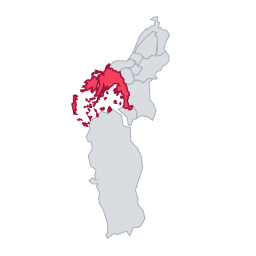 Greece highlighted among its neighbors, rotated 83°
{"feature_id": "GRC", "entity_name": "Greece", "entity_type": "country or territory", "adm_level": 0, "iso_a3": "GRC", "parent_name": "Europe", "parent_adm1": "", "projection": "mercator", "projection_center": [23.941, 38.339], "detail": "fine", "context": "with_neighbors", "style": "filled", "palette": "rose", "viewbox_px": 256, "rotation_deg": 83, "n_neighbors": 9, "source": "natural_earth", "source_scale": "50m", "svg_char_len": 8742}
<svg xmlns="http://www.w3.org/2000/svg" viewBox="0 0 256 256"><g transform="rotate(83 128 128)"><path d="M82.8,97.5L84.8,101.4L102.9,102.7L106.3,100.3L114.4,98.1L123.4,102.6L119.8,106.5L117.3,113.2L119.6,118.5L113.6,117.3L106.6,120.2L106.6,124.7L100.3,125.6L95.5,122.4L90.0,124.9L84.9,124.7L84.4,118.6L80.9,115.6L82.1,114.3L81.3,113.2L82.5,110.2L85.1,107.3L81.8,103.2L81.2,99.7L82.8,97.5Z" fill="#d9dde1" stroke="#a8b0b8" stroke-width="1"/><path d="M234.9,161.7L231.6,163.1L229.2,160.9L221.2,159.8L206.7,162.4L198.8,165.6L193.1,165.6L189.5,164.0L181.9,166.4L179.7,164.7L179.3,169.5L175.6,173.2L173.1,169.4L175.7,166.1L171.5,166.9L165.7,164.9L161.0,169.8L150.6,170.8L145.0,166.2L137.6,165.9L136.0,169.5L131.3,170.5L124.6,165.9L117.1,166.1L113.0,157.5L108.0,152.7L111.4,145.8L107.0,141.6L114.6,133.0L125.2,132.6L128.1,125.7L141.2,126.9L149.5,121.0L157.5,118.4L168.8,118.2L190.7,128.2L198.7,126.8L204.6,127.6L212.7,122.8L220.1,122.4L226.7,126.9L227.9,130.1L227.2,134.5L235.0,139.4L230.3,141.9L232.5,152.0L231.1,154.7L234.9,161.7ZM106.6,120.2L113.6,117.3L119.6,118.5L120.4,122.0L126.4,125.0L125.1,127.2L117.0,127.7L108.3,135.4L106.2,129.3L107.9,128.3L110.0,122.6L106.6,120.2Z" fill="#d9dde1" stroke="#a8b0b8" stroke-width="1"/><path d="M71.6,129.2L71.5,131.6L69.2,132.9L68.8,135.8L65.6,140.1L60.5,134.5L59.9,130.2L61.4,121.2L59.8,116.8L62.8,112.2L63.2,113.9L65.1,113.1L68.2,116.5L67.8,123.0L68.7,127.0L71.6,129.2Z" fill="#d9dde1" stroke="#a8b0b8" stroke-width="1"/><path d="M41.0,75.3L48.3,80.8L54.0,82.7L56.5,81.2L60.4,87.8L57.7,91.5L54.6,89.3L44.0,87.9L40.8,88.1L39.3,90.1L36.8,87.9L35.4,91.9L48.6,109.0L54.7,112.5L53.9,114.1L37.2,104.5L31.4,97.4L32.8,96.7L29.7,92.7L29.5,89.4L25.1,87.9L23.0,92.0L21.0,88.8L21.4,85.2L26.2,85.6L27.4,83.9L32.5,85.7L32.4,83.0L34.8,82.0L35.5,78.0L41.0,75.3Z" fill="#d9dde1" stroke="#a8b0b8" stroke-width="1"/><path d="M54.7,112.5L48.6,109.0L40.2,99.4L35.4,91.9L36.8,87.9L39.3,90.1L40.8,88.1L44.0,87.9L60.2,91.5L58.5,95.7L61.8,99.4L60.8,103.9L55.7,107.4L54.7,112.5Z" fill="#d9dde1" stroke="#a8b0b8" stroke-width="1"/><path d="M80.9,115.6L84.4,118.6L84.9,124.7L82.4,126.6L78.7,126.4L76.1,128.4L71.6,129.2L68.7,127.0L67.8,123.0L69.8,118.1L80.9,115.6Z" fill="#d9dde1" stroke="#a8b0b8" stroke-width="1"/><path d="M56.5,81.2L61.8,78.6L66.1,79.1L69.8,82.9L70.6,86.1L74.8,88.4L75.3,92.4L79.3,95.2L81.5,93.0L83.2,94.2L81.6,95.8L82.8,97.5L81.2,99.7L81.8,103.2L85.1,107.3L82.5,110.2L81.3,113.2L82.1,114.3L80.9,115.6L75.4,116.3L76.8,112.2L70.2,106.7L66.4,111.0L66.9,110.2L59.2,104.3L60.8,103.9L61.8,99.4L58.5,95.7L60.2,91.5L57.7,91.5L60.4,87.8L56.5,81.2Z" fill="#d9dde1" stroke="#a8b0b8" stroke-width="1"/><path d="M66.9,110.2L63.2,113.9L62.8,112.2L59.8,116.8L60.3,119.7L53.9,114.1L55.7,107.4L59.2,104.3L66.9,110.2Z" fill="#d9dde1" stroke="#a8b0b8" stroke-width="1"/><path d="M68.6,119.9L68.2,116.5L65.1,113.1L68.0,110.3L69.0,107.2L70.2,106.7L76.8,112.2L75.4,116.3L69.8,118.1L69.5,120.0L68.6,119.9Z" fill="#d9dde1" stroke="#a8b0b8" stroke-width="1"/><path d="M107.2,120.9L109.8,122.2L110.1,124.1L110.0,124.5L108.1,125.6L108.3,127.8L106.6,130.0L106.1,130.2L104.8,129.2L100.7,128.4L99.7,127.8L97.5,129.0L95.4,128.2L92.6,130.3L90.4,130.0L90.3,130.7L91.2,131.9L90.9,132.4L91.2,133.0L92.3,133.1L93.5,133.8L94.4,135.5L93.2,134.3L91.5,133.6L90.2,133.8L90.2,134.2L91.9,135.8L92.1,136.6L91.7,137.1L90.9,136.6L89.8,134.8L88.1,134.4L87.9,134.8L88.2,135.7L89.8,137.2L89.5,137.5L87.9,136.9L87.5,136.0L87.4,134.8L84.5,133.2L84.2,132.4L84.7,131.5L82.7,132.3L82.8,133.5L82.2,135.7L82.4,136.5L84.1,138.6L85.1,140.7L86.8,142.5L87.5,144.1L86.3,144.8L86.0,144.5L86.3,143.4L85.2,142.8L84.7,143.0L84.1,143.4L84.4,144.2L85.0,145.4L85.7,145.4L83.8,146.6L82.2,146.9L85.3,148.0L86.2,148.6L86.9,148.7L87.7,149.9L89.1,150.2L89.9,151.4L91.9,152.1L92.2,153.3L92.5,157.0L91.9,157.3L89.2,154.4L88.7,154.2L86.5,154.8L85.5,155.5L86.2,156.3L86.6,157.8L87.9,158.1L88.6,159.3L86.3,160.3L85.9,160.0L85.9,159.3L85.3,159.0L83.7,158.1L83.3,158.5L83.6,159.7L84.2,160.6L85.6,164.4L85.5,166.2L86.3,167.9L85.1,167.2L83.7,165.0L83.3,164.9L82.5,165.0L81.7,166.8L81.7,167.9L81.3,167.6L80.9,167.3L80.9,165.7L78.9,162.9L78.0,163.2L77.9,164.8L77.6,165.4L76.5,164.3L75.5,162.4L75.4,161.4L76.2,160.5L76.1,159.8L75.4,158.5L73.7,157.4L73.4,156.4L72.3,155.4L73.6,154.2L74.2,152.8L76.0,152.9L77.1,151.6L78.0,151.7L84.7,154.8L84.5,154.0L86.0,153.8L86.5,153.3L85.8,152.8L84.1,152.4L81.2,150.6L80.5,151.4L78.1,150.9L74.7,151.7L73.7,150.2L73.5,151.2L72.7,151.5L72.2,151.1L71.4,148.7L70.6,147.7L69.9,147.4L69.9,146.8L69.9,146.3L70.7,146.2L72.2,146.6L72.5,146.4L72.3,145.4L69.9,145.6L67.8,143.4L66.7,142.8L65.9,140.8L64.6,139.4L65.5,139.8L66.3,139.7L66.7,138.6L67.2,138.6L66.7,137.0L67.4,136.3L69.1,135.7L70.1,132.8L71.1,132.3L71.7,131.2L71.2,129.8L71.2,129.1L73.7,129.0L74.2,128.6L75.4,128.9L76.8,128.2L78.3,126.6L79.6,126.3L81.7,126.7L83.3,126.1L83.7,124.7L86.3,124.8L86.9,124.2L89.6,124.2L92.2,123.5L92.5,122.9L95.6,122.7L96.2,123.7L97.4,124.5L97.9,124.1L98.9,124.4L100.7,125.5L104.4,124.7L105.3,124.9L106.8,124.2L106.8,123.0L106.3,121.6L106.4,121.3L107.2,120.9ZM90.7,175.5L92.2,175.7L92.7,175.1L93.2,175.1L93.4,175.6L92.8,176.0L93.8,176.2L94.0,176.9L94.5,177.1L97.0,176.6L99.0,176.7L99.7,177.2L102.2,177.6L104.0,177.2L104.1,178.9L104.4,179.1L106.0,178.3L107.0,178.3L108.0,177.5L107.5,179.8L107.0,180.0L104.7,179.9L97.6,180.7L97.2,180.6L97.0,179.4L95.3,178.8L89.3,178.0L89.0,176.6L89.1,175.6L89.4,175.4L89.8,175.8L90.3,174.6L90.7,175.5ZM87.4,145.4L88.8,147.3L91.2,148.5L93.0,148.8L93.5,149.7L93.4,150.4L94.0,152.6L94.6,153.1L96.0,153.2L96.1,154.3L95.5,154.7L94.6,154.3L93.5,153.5L93.4,152.7L92.4,151.1L90.4,151.0L89.7,150.6L89.5,149.6L86.9,147.4L85.4,146.8L84.8,147.1L84.3,146.8L87.0,145.4L87.4,145.4ZM108.6,142.8L108.5,143.3L109.8,144.7L109.8,145.4L109.2,145.0L109.6,145.7L108.5,145.9L106.9,145.5L106.6,145.0L107.7,143.9L107.0,144.0L106.3,144.8L105.2,144.5L104.8,143.9L105.2,143.1L106.4,143.0L107.0,142.8L107.0,142.4L108.2,142.3L108.6,142.8ZM118.5,172.3L117.8,172.4L117.6,172.1L117.9,171.1L117.6,170.2L119.0,168.8L121.2,168.0L120.6,169.9L120.0,170.6L120.2,171.1L119.3,171.3L118.5,172.3ZM106.9,151.8L105.8,153.1L105.1,152.4L105.0,152.1L105.8,151.4L104.8,150.0L104.8,149.5L105.9,149.2L106.9,149.7L106.9,151.8ZM68.5,150.3L68.9,152.1L69.4,152.3L70.0,153.2L69.8,153.9L68.8,153.4L68.2,153.5L67.7,152.4L67.0,152.9L67.4,151.5L68.2,151.6L68.5,150.3ZM65.1,141.9L65.3,142.4L63.8,141.6L62.2,138.9L63.5,138.4L64.1,138.8L64.2,139.1L63.5,139.8L63.9,140.2L64.3,141.5L65.1,141.9ZM102.0,136.5L101.4,138.5L100.8,138.4L100.7,137.7L100.2,138.3L99.4,138.1L99.4,136.8L100.6,136.7L100.9,137.2L102.0,136.5ZM111.5,156.1L113.0,156.5L113.1,157.0L111.6,157.6L109.8,156.9L110.2,156.4L111.5,156.1ZM97.4,131.2L96.5,131.6L95.6,131.0L95.6,130.6L96.4,129.6L97.0,129.7L97.5,130.4L97.4,131.2ZM70.7,156.2L71.4,157.0L70.8,156.8L70.2,157.4L68.8,155.7L69.3,155.1L69.8,155.8L70.7,156.2ZM102.7,163.4L102.1,163.7L101.4,162.5L102.6,161.4L103.0,161.8L102.7,163.4ZM98.9,156.6L98.7,157.2L97.0,155.4L96.9,154.8L97.5,154.6L98.0,155.2L98.7,155.3L98.9,156.6ZM114.3,176.1L113.7,176.7L113.2,175.1L113.8,174.0L113.8,173.5L114.2,173.2L113.8,174.8L114.3,176.1ZM69.5,148.9L68.4,149.4L68.7,147.8L69.4,147.1L69.5,148.9ZM85.9,169.6L85.5,170.4L84.8,170.2L84.6,169.8L84.6,169.0L84.9,168.4L85.9,169.6ZM115.1,164.3L112.1,165.5L112.4,165.1L114.2,164.0L115.1,164.3ZM107.2,158.2L105.7,158.6L106.4,157.7L108.2,157.3L107.2,158.2ZM100.9,162.6L100.3,163.2L99.7,162.8L100.0,162.2L100.6,161.9L100.8,162.0L100.9,162.6ZM100.7,158.0L100.5,158.5L100.0,158.4L98.9,157.3L100.7,158.0ZM96.7,147.4L95.8,147.6L96.0,147.2L95.2,146.7L95.4,145.9L96.0,146.2L96.1,146.8L96.7,147.4ZM103.7,132.9L102.9,133.2L102.0,132.4L102.9,132.1L103.7,132.9ZM95.8,165.2L95.7,165.9L94.3,166.1L94.5,165.3L95.0,165.6L95.8,165.2ZM104.9,164.9L104.1,164.9L105.8,163.7L106.3,164.0L104.9,164.9ZM94.8,157.5L94.1,158.6L94.0,157.9L94.3,157.3L94.7,157.2L94.8,157.5ZM101.7,159.5L101.1,159.6L101.1,158.9L102.1,159.1L101.7,159.5ZM109.0,166.7L108.1,167.3L107.7,167.0L107.7,166.6L108.1,166.7L108.5,166.5L108.4,166.2L109.0,166.7ZM112.8,163.5L112.2,163.6L112.3,162.9L111.9,162.4L113.0,163.1L112.8,163.5ZM95.4,159.6L94.7,160.4L94.8,159.8L94.6,159.5L95.0,159.0L95.4,159.6ZM69.8,151.6L69.5,151.7L68.9,150.3L69.4,150.5L69.8,151.6ZM101.8,165.6L101.5,166.1L100.7,165.2L101.0,165.0L101.8,165.6ZM90.6,144.7L90.3,145.0L89.8,144.8L89.3,143.8L90.6,144.7ZM89.0,155.1L88.4,155.3L88.1,155.1L88.5,154.6L89.0,155.1ZM95.7,162.1L95.0,162.0L95.1,161.5L95.7,161.5L95.7,162.1ZM102.3,168.3L102.0,168.8L101.5,168.6L101.8,168.2L101.8,167.7L102.3,168.3ZM97.0,163.8L96.7,163.5L96.8,163.0L97.0,162.9L97.3,163.6L97.0,163.8ZM118.6,166.2L118.5,167.1L118.1,166.5L118.6,166.2ZM91.9,143.3L91.0,144.4L91.3,143.7L91.9,143.3ZM98.6,158.9L98.5,159.8L98.3,159.8L98.3,158.7L98.6,158.9Z" fill="#f43f5e" stroke="#9f1239" stroke-width="1.5"/></g></svg>